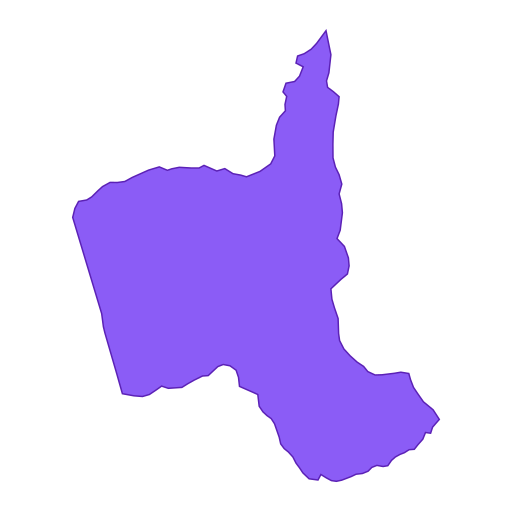 Primavera, Pará, Brazil
{"feature_id": "56859067B46461793973564", "entity_name": "Primavera", "entity_type": "district", "adm_level": 2, "iso_a3": "BRA", "parent_name": "Brazil", "parent_adm1": "Pará", "projection": "equal_earth", "projection_center": [-47.109, -0.937], "detail": "fine", "context": "isolated", "style": "filled", "palette": "violet", "viewbox_px": 512, "rotation_deg": 0, "n_neighbors": 0, "source": "geoboundaries", "source_scale": "gbopen_adm2", "svg_char_len": 1968}
<svg xmlns="http://www.w3.org/2000/svg" viewBox="0 0 512 512"><path d="M439.3,419.4L433.1,409.8L423.4,401.8L417.6,393.5L413.5,387.4L410.5,379.6L408.8,373.5L400.8,372.2L394.3,373.3L381.9,374.8L375.1,375.0L367.8,371.6L363.6,366.4L357.1,362.1L350.1,355.8L343.9,349.0L339.6,340.6L338.6,333.5L338.1,318.5L334.4,307.7L331.9,299.2L330.9,288.8L340.9,279.4L347.4,274.0L349.1,265.9L348.4,257.9L344.4,246.4L337.0,238.6L340.2,230.2L342.4,212.8L341.6,203.8L339.1,193.9L341.8,184.1L339.1,174.7L335.4,167.1L333.0,157.9L332.9,144.4L333.2,132.1L335.9,115.9L338.4,104.1L339.1,96.7L333.4,91.7L327.6,87.4L326.5,80.9L328.9,72.8L330.9,54.7L326.0,30.7L316.6,43.4L311.2,49.2L304.2,53.7L297.6,56.0L296.0,63.1L303.2,66.8L299.5,76.2L294.6,81.5L286.0,83.2L283.0,91.9L286.7,96.4L285.0,104.4L285.4,110.8L279.6,117.2L276.4,125.2L273.9,139.1L274.8,155.9L270.7,163.9L260.0,171.4L246.5,176.8L240.7,175.1L233.0,173.7L224.8,168.6L216.8,171.0L204.0,165.4L199.1,168.0L191.0,168.0L179.3,167.3L171.8,168.8L167.4,170.3L159.3,166.9L148.6,170.1L132.3,177.4L124.8,181.5L117.3,182.5L110.1,182.4L102.5,186.6L98.2,190.5L91.7,196.9L86.7,200.0L78.6,201.4L74.9,208.4L72.7,217.4L101.7,313.7L103.4,326.7L104.9,332.9L116.9,374.2L118.7,380.6L122.4,393.7L133.9,395.8L142.5,396.5L149.4,394.5L156.1,390.0L161.6,386.1L168.3,388.3L181.9,387.4L187.8,383.7L194.0,380.2L202.5,376.0L208.2,375.6L217.8,366.6L223.2,364.5L230.0,365.8L236.1,370.2L238.5,377.3L239.5,386.4L252.5,392.1L257.8,394.5L259.2,406.3L263.0,411.9L267.0,415.6L271.2,418.6L274.5,423.7L279.2,437.2L280.7,443.9L284.2,448.6L288.4,452.0L292.9,457.0L296.0,463.1L299.5,467.8L302.9,472.9L309.1,478.8L318.0,480.0L320.9,474.5L326.4,477.9L331.4,480.6L336.4,481.3L341.6,480.2L351.1,476.6L356.1,474.2L362.4,473.5L368.1,471.2L371.8,467.4L376.9,465.4L383.1,466.5L387.8,465.7L391.5,460.4L395.3,457.0L400.0,454.4L404.4,452.7L409.1,449.7L414.3,449.3L418.0,444.6L422.8,439.2L425.5,432.5L430.6,433.2L432.6,427.1L439.3,419.4Z" fill="#8b5cf6" stroke="#5b21b6" stroke-width="1.5"/></svg>